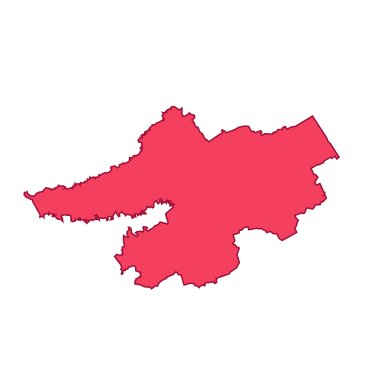 the district of Kota Bekasi, Jawa Barat, Indonesia, rotated 57°
{"feature_id": "22746128B54763839112631", "entity_name": "Kota Bekasi", "entity_type": "district", "adm_level": 2, "iso_a3": "IDN", "parent_name": "Indonesia", "parent_adm1": "Jawa Barat", "projection": "orthographic", "projection_center": [106.96, -6.285], "detail": "fine", "context": "isolated", "style": "filled", "palette": "rose", "viewbox_px": 384, "rotation_deg": 57, "n_neighbors": 0, "source": "geoboundaries", "source_scale": "gbopen_adm2", "svg_char_len": 6122}
<svg xmlns="http://www.w3.org/2000/svg" viewBox="0 0 384 384"><g transform="rotate(57 192 192)"><path d="M193.9,49.6L193.4,69.0L191.4,74.1L191.3,78.2L188.2,78.0L187.4,79.2L187.6,81.4L188.8,81.9L186.5,85.9L187.5,88.4L186.4,90.7L187.2,91.3L186.6,92.0L187.1,93.4L182.8,99.1L182.3,102.9L180.2,102.9L180.1,101.0L178.1,100.9L176.5,106.9L174.4,107.3L174.0,109.3L167.8,108.7L165.0,112.7L163.2,117.6L163.0,122.1L161.1,131.1L159.7,130.9L156.4,132.8L156.4,133.6L158.7,133.8L159.0,150.7L156.1,151.1L155.2,152.2L148.9,151.7L146.0,152.8L140.9,151.8L139.0,153.6L135.0,152.4L131.6,152.7L131.2,149.4L129.0,148.2L125.7,151.1L124.3,150.9L124.7,155.8L123.7,158.3L120.3,157.6L116.2,154.8L116.4,157.9L110.6,160.5L109.4,163.0L110.9,164.5L110.2,164.7L110.6,166.1L109.9,166.3L109.7,168.3L110.4,168.4L110.1,170.2L111.1,170.0L110.9,171.6L109.3,173.4L111.0,173.2L111.6,175.3L112.2,175.0L112.9,175.8L114.6,175.3L114.9,176.5L116.1,175.8L116.6,176.6L115.5,178.5L115.7,180.6L114.8,184.6L115.4,186.4L114.0,188.8L114.7,189.3L115.2,192.7L116.5,193.2L115.9,193.9L117.1,194.5L116.0,196.5L116.6,197.5L115.7,199.4L117.2,198.1L117.2,199.3L118.8,198.6L117.0,200.1L117.7,201.2L118.2,200.1L118.6,200.8L117.9,202.0L117.0,202.0L116.8,203.7L119.5,204.2L117.9,205.8L118.9,206.4L118.9,208.8L120.9,209.5L123.1,207.2L125.3,208.6L126.2,208.4L126.6,210.6L128.0,209.7L127.7,211.7L129.5,211.0L130.1,211.5L129.7,213.1L131.4,215.2L131.0,220.2L130.2,220.1L129.8,221.4L130.5,222.6L130.3,224.1L131.0,224.7L129.2,225.3L130.2,226.5L131.7,226.6L131.3,227.3L132.6,228.9L131.5,230.7L131.7,233.1L130.0,234.0L130.5,235.3L129.6,237.6L131.2,239.8L130.9,241.5L128.0,242.7L126.8,246.2L127.5,247.1L129.3,247.0L130.3,250.0L129.9,252.4L128.4,254.9L127.9,258.2L128.4,259.7L126.8,260.4L128.5,262.8L127.2,264.5L128.3,266.0L125.8,266.2L125.5,269.2L123.9,269.4L125.6,271.5L124.2,272.7L126.3,274.5L124.6,276.1L125.7,277.8L123.4,280.4L125.5,282.2L123.6,282.3L122.5,284.6L121.0,285.2L122.4,286.0L122.0,286.9L123.4,287.3L122.3,288.7L124.3,290.3L122.7,290.8L121.9,294.3L119.8,296.0L119.6,297.3L118.9,295.6L116.7,296.7L116.4,298.0L113.6,300.3L114.8,303.2L113.9,304.3L114.8,305.1L114.4,306.3L113.5,306.8L114.3,307.8L113.6,309.0L112.1,309.0L108.9,312.3L110.3,317.5L108.9,320.1L109.6,321.0L108.4,322.3L109.5,326.6L107.4,329.5L103.5,330.8L101.9,330.2L102.1,331.6L101.1,332.7L103.1,334.4L106.8,333.6L107.7,332.1L108.6,332.3L111.7,330.1L113.7,330.8L128.3,331.7L130.3,333.3L130.9,330.5L132.8,330.2L130.0,328.0L131.8,324.7L131.3,323.2L133.1,324.4L133.1,323.0L134.9,319.7L135.9,319.9L135.8,322.0L136.4,322.4L137.2,321.7L137.3,318.9L138.5,320.0L140.7,319.8L142.2,318.8L143.2,317.1L146.3,316.4L143.7,315.1L141.0,314.9L141.3,311.9L145.5,306.7L148.8,307.7L148.6,308.2L150.5,309.1L151.7,308.5L152.7,305.6L151.5,304.5L154.9,301.1L153.6,301.0L152.5,302.1L152.3,300.2L154.2,300.0L156.7,298.3L156.9,296.1L158.4,295.9L158.4,298.2L159.7,297.3L161.0,297.4L160.5,294.6L159.1,294.8L160.3,293.4L159.9,291.9L161.9,290.7L161.5,289.5L163.1,286.9L161.7,287.0L160.2,285.4L159.0,286.2L159.1,284.2L163.0,284.4L162.0,285.9L165.0,285.0L163.7,284.5L163.4,283.6L166.0,280.6L166.1,279.2L167.4,278.3L169.3,279.0L169.7,278.5L169.3,277.3L166.9,275.9L167.3,274.7L169.3,273.0L170.9,275.5L171.7,273.4L170.9,271.9L169.4,272.3L167.0,266.7L172.6,267.0L172.7,265.6L170.6,264.9L170.3,261.7L172.9,261.4L173.6,260.2L175.6,260.8L175.4,258.3L178.6,255.6L179.3,256.0L180.7,255.3L181.0,256.4L181.5,256.2L181.3,253.6L182.3,252.8L180.9,252.0L179.7,253.3L179.6,250.7L180.8,249.6L182.2,250.1L181.9,248.3L183.6,247.4L182.3,245.0L181.3,246.7L180.3,244.2L180.9,243.5L183.9,244.7L185.2,242.4L181.5,242.6L181.7,239.6L179.6,237.9L181.8,236.3L182.3,233.8L183.7,233.9L183.9,232.3L180.5,230.1L179.6,226.7L183.2,227.0L183.5,226.4L182.3,223.7L180.5,223.1L181.0,221.4L182.7,222.2L184.3,221.6L184.0,223.7L185.7,223.8L185.2,222.2L185.8,219.9L187.5,219.7L184.9,217.5L188.0,217.5L186.9,216.2L187.6,214.7L188.8,216.6L191.8,218.0L192.2,216.8L190.6,215.9L191.3,214.7L189.7,214.9L192.9,213.9L192.4,216.0L194.5,215.9L195.9,225.6L197.2,226.6L204.2,228.5L205.5,229.9L199.8,235.1L200.9,238.4L200.2,241.2L200.9,244.5L200.6,250.5L198.4,251.0L197.9,249.1L197.0,249.0L194.9,251.2L195.0,252.5L197.6,252.9L198.7,255.4L197.1,256.2L195.4,259.7L195.4,261.5L199.0,260.7L199.0,262.6L193.7,265.1L190.1,263.2L187.6,263.5L187.0,264.5L189.4,265.2L189.9,267.9L191.9,269.5L195.1,269.8L194.4,271.4L191.3,272.9L191.8,273.5L195.6,276.0L200.7,278.2L200.3,280.5L202.4,281.7L202.4,282.7L204.3,282.6L204.6,283.5L206.8,284.0L205.4,287.6L203.3,289.1L204.0,292.1L214.5,291.3L217.2,292.2L217.9,293.7L220.7,293.7L221.9,295.7L222.8,295.7L222.7,294.3L220.3,292.8L221.4,290.7L220.5,290.0L221.5,287.9L220.6,285.5L222.3,280.7L224.0,280.1L227.5,282.0L231.5,279.0L232.3,280.0L235.2,280.9L234.3,282.2L234.9,282.5L234.4,286.4L235.3,286.8L235.8,288.5L238.0,289.9L241.9,285.7L245.6,283.5L248.8,279.2L251.1,278.6L250.8,273.7L252.2,272.0L250.7,270.5L249.7,266.0L250.5,260.2L249.5,260.0L251.0,252.6L250.1,249.3L251.5,248.3L253.6,248.6L255.8,246.3L265.7,249.3L267.6,243.0L270.3,240.1L272.2,240.6L272.8,239.2L276.0,238.0L275.5,237.5L275.6,233.3L277.3,232.9L277.5,232.1L275.8,231.0L276.0,228.8L277.0,227.7L277.7,225.1L278.9,224.1L279.0,222.5L281.1,222.8L281.2,220.4L279.7,220.3L279.2,219.0L277.6,218.9L280.9,205.3L280.0,204.1L279.8,195.7L276.9,190.7L268.9,188.3L264.8,183.0L263.8,183.1L262.9,184.7L260.7,184.4L257.8,186.1L256.1,182.6L250.3,180.8L251.9,174.7L250.0,173.3L251.0,170.9L250.1,167.5L251.9,163.9L254.6,164.9L257.8,157.1L259.3,156.1L260.1,154.1L265.3,151.1L266.7,151.6L267.8,147.6L270.7,146.9L273.6,143.6L278.3,144.2L281.6,142.9L281.8,141.8L282.9,126.1L278.1,125.5L277.5,123.2L274.6,120.3L273.7,118.2L270.6,118.9L267.6,118.4L269.3,111.5L271.0,110.0L270.7,108.6L268.4,105.5L268.2,103.7L271.9,100.3L271.6,98.3L269.9,95.7L272.4,91.4L270.6,88.8L271.5,87.6L270.3,82.6L267.0,82.2L266.4,84.6L266.8,82.2L264.5,80.9L264.0,81.6L254.5,80.1L254.2,83.1L252.1,84.4L249.9,82.2L248.2,78.4L244.8,78.9L243.7,80.2L237.0,79.4L237.4,71.6L238.2,71.0L238.9,65.5L238.0,64.6L237.9,62.7L238.3,56.5L240.0,56.4L239.9,52.5L243.1,52.7L242.9,49.7L227.3,49.6L223.3,50.3L219.8,49.6L193.9,49.6Z" fill="#f43f5e" stroke="#9f1239" stroke-width="1.5"/></g></svg>